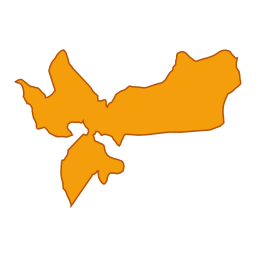 Monchy, Dauphin, Saint Lucia (Equal Earth projection)
{"feature_id": "8701671B61096532329378", "entity_name": "Monchy", "entity_type": "district", "adm_level": 2, "iso_a3": "LCA", "parent_name": "Saint Lucia", "parent_adm1": "Dauphin", "projection": "equal_earth", "projection_center": [-60.929, 14.054], "detail": "fine", "context": "isolated", "style": "filled", "palette": "amber", "viewbox_px": 256, "rotation_deg": 0, "n_neighbors": 0, "source": "geoboundaries", "source_scale": "gbopen_adm2", "svg_char_len": 5581}
<svg xmlns="http://www.w3.org/2000/svg" viewBox="0 0 256 256"><path d="M15.4,81.7L16.2,82.4L18.1,82.9L19.1,82.9L20.4,83.7L21.7,85.1L22.5,86.6L23.3,89.5L23.7,92.0L23.8,94.9L23.3,96.5L23.9,97.4L24.4,98.3L24.9,99.5L25.6,100.5L25.8,101.0L26.7,102.3L27.1,103.6L27.6,103.5L28.0,103.4L28.7,103.9L29.9,104.5L30.2,104.8L31.2,106.3L31.6,107.3L32.2,108.2L32.2,108.6L32.2,109.6L32.2,110.8L32.4,111.9L32.7,113.8L33.3,116.9L34.1,119.1L34.6,119.8L35.3,121.1L35.5,121.6L35.7,122.2L36.2,123.6L36.3,124.1L36.4,124.9L36.4,126.5L36.6,127.4L36.7,127.8L36.9,128.2L37.2,128.4L38.1,128.9L38.6,128.9L39.2,128.8L41.4,128.2L42.6,127.8L43.9,127.3L44.3,127.3L44.6,127.6L44.9,127.7L45.8,128.4L46.7,129.4L47.0,129.7L48.8,132.2L49.4,132.9L50.0,133.3L54.7,135.8L56.1,136.3L56.6,136.5L57.6,136.7L58.6,136.7L59.8,136.7L61.0,136.6L61.4,136.6L64.0,136.7L65.9,137.0L66.4,137.0L67.3,136.8L68.7,136.3L69.2,136.2L70.7,135.6L71.3,135.4L71.8,135.2L72.4,135.0L71.9,134.3L71.7,133.9L71.0,132.3L70.3,131.6L68.5,129.8L68.2,129.4L67.7,128.7L67.6,128.4L67.5,128.1L67.4,127.6L67.4,127.1L67.6,125.7L68.1,124.2L69.5,123.1L71.0,122.1L72.9,122.0L74.7,122.3L77.0,122.3L78.1,122.1L78.5,122.1L79.2,122.3L81.1,122.9L81.8,122.7L82.2,122.5L83.3,120.8L83.4,121.6L83.5,122.2L83.7,122.9L84.2,124.1L84.8,125.2L85.7,126.7L86.7,127.8L87.4,128.2L88.0,128.9L88.5,131.0L88.5,131.4L88.4,131.8L88.3,132.3L87.6,133.8L87.1,134.7L86.7,135.1L86.3,135.2L84.7,134.7L83.4,134.2L67.9,150.4L68.1,150.8L68.0,152.2L67.7,153.9L67.4,154.7L67.1,155.3L66.6,156.1L66.0,157.0L65.6,157.4L65.0,158.7L64.2,159.7L63.7,160.0L63.4,160.2L62.1,160.2L62.0,160.8L61.7,162.2L61.5,163.0L61.2,167.2L61.2,168.3L61.2,168.8L61.0,171.7L61.0,172.8L61.1,174.6L61.2,176.1L61.7,178.5L62.6,181.9L63.0,184.6L63.2,186.6L63.2,187.5L63.1,188.4L63.3,188.6L64.4,189.6L65.1,190.4L65.8,191.5L66.4,192.9L66.9,194.6L67.3,195.5L68.9,198.7L69.4,199.8L70.7,203.6L70.9,204.3L71.1,205.3L71.1,206.0L92.1,175.6L92.1,175.1L92.2,174.9L92.4,174.6L93.9,174.2L95.2,173.5L96.0,172.8L96.9,171.9L97.0,171.6L97.0,171.1L98.5,171.0L98.3,172.5L98.2,173.3L98.7,177.0L98.8,177.3L99.2,178.4L99.9,179.9L100.4,180.7L101.1,181.8L101.9,182.8L103.3,183.9L104.1,184.0L105.5,183.0L106.5,181.4L107.1,179.9L107.2,178.2L108.1,175.2L110.0,173.1L113.0,173.1L117.3,173.6L120.1,172.9L123.1,171.0L124.0,166.4L123.3,163.2L121.7,161.0L117.6,159.5L114.1,158.7L109.7,156.9L107.1,154.9L105.1,151.3L104.6,148.7L104.3,146.8L103.6,145.2L101.8,143.9L99.7,143.1L98.3,142.1L96.3,141.4L94.9,141.1L94.8,140.3L94.5,139.5L94.3,138.6L94.0,137.6L93.8,136.8L93.1,134.7L93.3,134.5L93.5,134.5L94.0,134.5L94.6,134.2L95.0,133.9L95.3,133.4L95.4,133.1L95.6,132.6L95.8,131.5L96.8,131.6L98.4,131.8L100.0,133.3L101.4,135.3L102.0,135.3L102.8,134.9L103.8,134.3L105.5,134.4L108.9,135.2L112.0,136.6L113.8,139.8L115.3,141.5L116.5,143.1L117.4,144.7L119.4,145.9L120.1,144.6L120.8,143.0L121.5,141.1L122.8,138.6L123.8,135.9L125.4,134.3L130.1,134.5L137.8,135.1L145.9,134.8L169.4,132.0L180.2,132.2L210.0,129.9L219.9,126.2L223.8,122.9L223.5,117.8L223.0,113.1L223.0,110.5L223.2,106.6L224.0,103.3L225.1,100.2L226.3,97.4L227.3,94.9L228.2,93.6L230.4,92.7L232.5,91.2L235.5,88.3L237.9,86.5L239.6,84.9L240.6,83.7L240.6,82.4L240.0,79.4L239.7,75.1L238.9,71.4L237.7,69.7L236.4,67.4L236.3,63.5L237.1,59.0L237.2,57.8L236.5,58.1L235.9,58.3L235.5,58.1L233.8,56.4L231.5,53.9L231.0,53.0L230.2,52.0L229.8,51.5L229.3,51.2L228.6,50.9L226.8,50.4L226.1,50.3L224.8,50.3L224.0,50.3L223.3,50.5L222.4,50.6L221.2,51.0L220.5,51.3L219.5,51.8L218.1,52.8L217.2,53.3L216.6,53.7L214.5,55.1L213.1,55.8L211.6,56.4L208.8,57.4L206.7,58.0L203.5,58.9L202.6,59.1L202.2,59.2L200.9,59.7L200.4,59.8L199.6,60.1L198.0,60.7L197.0,61.1L196.5,61.2L195.7,61.2L195.2,61.1L193.9,60.4L193.5,60.1L193.2,59.8L192.6,59.3L192.2,58.9L191.6,58.6L191.3,58.3L190.1,57.4L189.7,57.1L187.6,54.8L186.8,53.9L185.6,53.0L185.1,52.5L184.6,52.4L183.7,52.0L183.2,51.8L181.4,51.7L180.7,52.1L180.2,52.1L178.1,53.1L177.5,53.5L176.9,54.7L176.7,55.8L176.7,57.3L176.7,58.0L176.1,60.0L175.9,60.7L175.6,64.6L175.1,65.1L174.2,66.0L173.8,66.4L173.4,66.9L173.1,67.3L173.0,67.7L172.9,68.5L172.8,69.7L172.6,70.2L172.5,70.4L172.1,70.7L170.0,72.5L167.8,75.8L165.1,80.2L161.9,82.8L158.2,83.6L148.6,86.8L145.0,87.8L141.3,87.5L137.5,87.1L133.1,86.8L129.5,86.1L128.8,86.5L128.0,87.1L126.8,88.1L125.5,89.4L125.2,89.6L121.0,91.1L119.3,92.2L118.0,93.0L116.6,94.1L115.8,94.8L115.7,95.0L113.8,98.9L113.5,99.4L113.3,99.6L112.9,100.3L112.0,101.8L111.6,102.2L111.2,102.5L109.5,103.3L108.9,103.9L108.5,104.4L107.9,105.3L107.6,106.1L107.1,107.8L106.8,106.0L106.0,105.5L106.1,104.5L106.1,102.0L105.7,100.3L105.1,99.8L104.0,99.8L102.9,100.3L101.4,100.8L100.3,101.2L99.5,100.9L98.1,100.6L97.9,99.3L97.7,98.1L97.7,97.7L97.8,96.3L97.8,96.1L97.5,95.6L97.1,95.1L96.7,94.9L95.5,93.8L95.2,93.7L94.8,93.1L92.8,91.1L92.2,90.1L91.8,89.3L91.4,88.9L91.1,88.2L90.3,87.2L89.6,86.3L72.9,68.4L72.2,67.3L70.4,65.1L69.6,64.3L68.8,62.6L68.4,60.6L68.1,59.3L67.1,56.7L66.6,54.7L66.2,53.5L65.6,52.4L64.9,51.5L64.3,50.5L63.7,50.0L63.1,50.1L62.4,50.3L61.5,50.7L60.7,51.2L59.2,52.6L58.3,53.5L56.7,55.4L56.4,55.9L56.0,57.0L55.6,57.7L54.9,58.4L54.9,58.5L54.7,58.9L53.1,60.7L51.9,62.5L51.2,63.6L50.9,64.5L49.8,67.4L49.4,68.8L49.0,70.4L48.9,70.9L55.2,90.7L53.9,91.9L52.5,94.0L51.1,95.1L49.4,96.4L48.6,96.7L47.9,97.2L47.3,97.3L46.7,97.4L45.5,97.7L45.1,95.7L45.0,95.3L44.6,94.8L44.3,94.3L43.3,93.4L42.7,93.0L42.0,92.3L39.3,89.2L38.7,88.6L38.3,88.2L36.7,87.8L35.4,87.5L34.6,87.2L33.3,86.9L32.9,86.8L31.5,86.6L29.3,85.7L28.6,85.2L27.6,84.1L27.1,83.7L24.9,82.0L22.6,80.2L21.8,79.7L21.3,79.5L20.9,79.5L19.7,79.6L19.0,79.8L18.6,79.9L16.0,81.4L15.4,81.7Z" fill="#f59e0b" stroke="#b45309" stroke-width="1.5"/></svg>